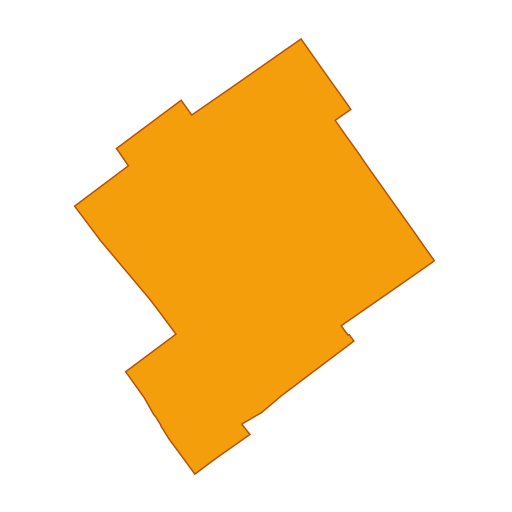 Almirante Brown, Buenos Aires, Argentina (Robinson projection), rotated 176°
{"feature_id": "61730980B85315219245745", "entity_name": "Almirante Brown", "entity_type": "district", "adm_level": 2, "iso_a3": "ARG", "parent_name": "Argentina", "parent_adm1": "Buenos Aires", "projection": "robinson", "projection_center": [-58.367, -34.832], "detail": "fine", "context": "isolated", "style": "filled", "palette": "amber", "viewbox_px": 512, "rotation_deg": 176, "n_neighbors": 0, "source": "geoboundaries", "source_scale": "gbopen_adm2", "svg_char_len": 768}
<svg xmlns="http://www.w3.org/2000/svg" viewBox="0 0 512 512"><g transform="rotate(176 256 256)"><path d="M157.7,369.4L167.6,385.8L151.2,395.6L158.4,407.7L163.8,416.4L175.3,435.2L195.9,469.4L268.0,426.2L310.3,401.1L319.8,416.6L387.7,373.0L377.0,354.9L433.5,318.4L425.7,306.4L409.9,282.0L364.8,220.0L355.3,205.5L341.3,183.6L394.1,149.7L377.3,122.3L370.7,108.4L369.1,104.9L367.9,103.4L366.9,102.0L366.0,100.1L362.7,93.9L362.7,93.1L355.5,79.5L340.4,55.7L336.0,48.8L333.0,43.9L332.3,42.6L310.1,56.9L274.5,78.4L282.0,89.3L261.3,99.5L240.0,115.1L164.3,164.3L168.4,170.9L169.8,170.7L175.9,180.5L117.8,215.1L79.4,238.1L78.5,239.0L88.2,254.8L95.7,267.4L118.0,304.0L135.6,332.8L144.1,347.0L144.3,347.7L157.7,369.4Z" fill="#f59e0b" stroke="#b45309" stroke-width="1.5"/></g></svg>